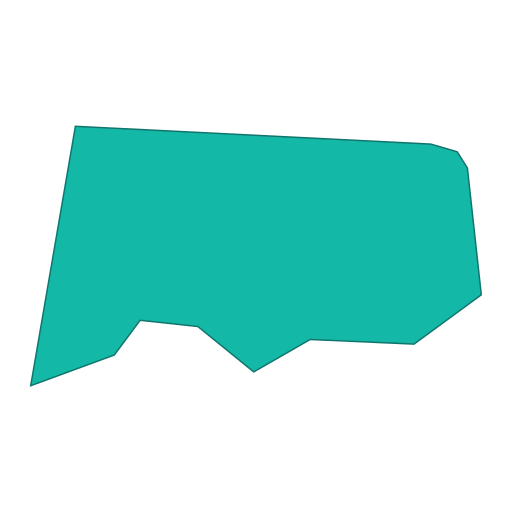 SVG path tracing the border of Coventry
{"feature_id": "GBR-5696", "entity_name": "Coventry", "entity_type": "Metropolitan Borough", "adm_level": 1, "iso_a3": "GBR", "parent_name": "United Kingdom", "parent_adm1": "", "projection": "natural_earth1", "projection_center": [-1.533, 52.398], "detail": "fine", "context": "isolated", "style": "filled", "palette": "teal", "viewbox_px": 512, "rotation_deg": 0, "n_neighbors": 0, "source": "natural_earth", "source_scale": "10m", "svg_char_len": 285}
<svg xmlns="http://www.w3.org/2000/svg" viewBox="0 0 512 512"><path d="M30.7,385.7L75.4,126.3L430.8,144.1L457.2,151.8L467.4,168.0L481.3,294.8L414.0,344.1L310.1,339.5L253.7,371.9L197.8,326.5L140.1,320.3L114.3,355.0L30.7,385.7Z" fill="#14b8a6" stroke="#0f766e" stroke-width="1.5"/></svg>